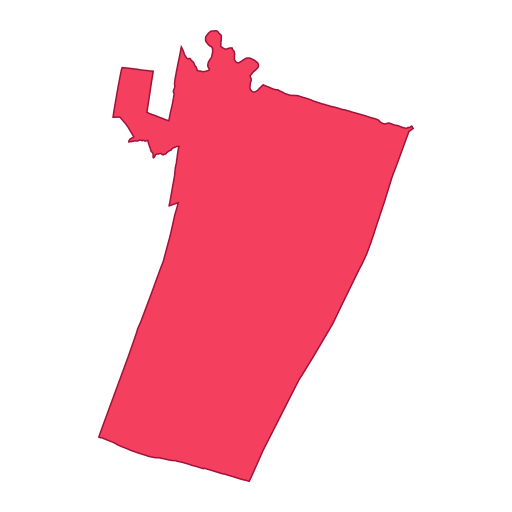 Largu, Buzau, Romania (orthographic projection)
{"feature_id": "2599482B79173737631548", "entity_name": "Largu", "entity_type": "district", "adm_level": 2, "iso_a3": "ROU", "parent_name": "Romania", "parent_adm1": "Buzau", "projection": "orthographic", "projection_center": [27.131, 44.958], "detail": "fine", "context": "isolated", "style": "filled", "palette": "rose", "viewbox_px": 512, "rotation_deg": 0, "n_neighbors": 0, "source": "geoboundaries", "source_scale": "gbopen_adm2", "svg_char_len": 5890}
<svg xmlns="http://www.w3.org/2000/svg" viewBox="0 0 512 512"><path d="M203.5,468.7L203.9,468.3L204.2,468.2L222.9,473.9L224.2,474.0L243.1,479.8L244.5,479.9L249.2,481.3L251.9,475.6L262.9,450.8L298.2,381.3L299.9,378.3L302.4,374.5L313.5,356.4L332.6,324.0L344.3,299.8L359.8,268.1L362.1,263.9L364.4,258.9L366.8,253.7L367.3,252.3L368.7,248.6L369.3,246.7L371.1,242.1L372.2,238.5L373.9,233.7L375.0,230.2L375.3,229.2L375.7,227.9L376.2,226.6L376.9,224.1L379.0,218.2L380.1,214.5L381.1,211.8L382.7,206.8L383.7,204.1L386.9,193.8L392.3,176.4L398.1,161.1L408.9,131.6L413.2,128.4L412.7,127.7L412.3,126.8L412.0,126.4L411.7,126.1L411.4,126.1L411.1,126.2L410.5,127.0L410.1,127.2L409.8,127.4L408.0,127.5L407.1,128.1L406.6,128.2L405.6,128.2L403.5,127.7L401.4,127.0L398.1,125.7L397.4,125.5L395.7,125.3L394.5,125.0L393.3,124.6L389.6,123.2L389.1,123.1L388.7,123.0L387.6,123.2L386.5,123.5L385.7,123.9L385.1,123.9L383.8,123.8L382.9,123.5L381.4,122.8L380.6,122.2L379.3,120.9L378.6,120.4L378.1,119.9L376.5,119.2L374.2,118.5L370.7,117.6L363.8,115.3L362.9,115.1L357.1,113.4L352.5,112.2L351.4,111.9L350.0,111.3L349.1,111.1L347.4,110.6L345.3,110.0L342.5,109.5L341.0,109.1L338.1,108.1L335.1,107.3L329.9,106.1L329.2,105.8L327.9,105.4L326.5,105.1L324.5,104.4L322.1,103.9L319.7,103.0L317.6,102.4L315.1,101.5L313.3,101.0L312.5,100.6L310.4,99.6L308.5,99.1L307.3,98.6L302.5,97.2L298.8,96.0L297.8,95.7L296.1,95.5L290.2,95.3L285.0,93.6L282.6,92.2L279.7,90.9L278.7,90.2L278.1,89.9L276.4,89.8L273.7,89.2L272.2,88.6L269.6,87.5L268.3,86.9L266.8,86.4L263.9,85.2L263.2,84.8L260.4,87.4L259.3,88.5L258.0,90.0L257.1,90.7L255.4,91.7L254.5,92.0L253.8,92.1L253.2,92.0L252.6,91.8L252.2,91.5L251.3,90.4L250.8,90.0L250.6,89.9L250.4,89.4L250.0,88.5L249.9,87.7L250.0,86.3L250.1,85.3L250.3,84.4L250.4,83.7L250.3,83.2L250.5,82.5L251.1,81.1L251.2,80.5L251.1,78.4L250.1,76.5L250.0,75.9L250.2,75.4L251.0,74.9L252.6,72.7L252.9,72.3L256.1,69.5L257.0,68.6L257.8,67.6L258.2,66.9L258.5,66.1L258.5,65.2L258.2,64.0L257.7,62.9L257.4,62.5L256.4,61.9L255.5,61.1L254.8,60.5L253.2,59.6L252.4,59.3L251.4,58.7L250.6,58.4L249.1,58.0L246.6,58.1L245.5,58.6L244.6,59.1L239.3,62.6L238.8,62.8L237.8,62.8L237.1,62.6L236.3,62.2L235.7,61.6L234.7,60.1L234.5,59.6L234.4,59.1L234.5,57.4L234.4,55.6L234.7,54.6L234.4,52.5L233.8,50.8L232.9,50.0L232.5,49.5L232.3,49.0L232.2,48.1L232.0,47.9L229.9,48.0L228.0,48.4L227.0,48.9L226.2,49.1L225.3,49.1L224.8,49.0L223.5,48.2L222.5,47.7L220.8,46.3L220.7,46.0L220.8,44.5L221.0,43.7L220.8,42.3L220.9,41.7L221.2,40.7L221.2,40.1L221.3,39.0L221.3,37.9L221.4,36.9L221.3,36.0L221.0,35.0L220.6,34.7L220.0,34.2L218.8,33.1L218.3,32.2L217.5,31.3L216.2,30.7L210.9,31.2L210.2,31.7L208.0,33.6L207.3,34.8L206.8,35.3L206.0,36.4L205.7,37.1L205.5,40.0L205.9,41.5L207.2,43.2L208.5,44.8L209.6,45.7L211.5,46.8L212.0,47.6L212.4,48.3L212.6,49.6L212.7,50.7L212.6,52.1L212.3,53.9L211.9,55.0L211.9,55.9L211.6,57.0L211.1,57.9L209.6,60.0L209.1,61.0L208.6,61.6L208.3,62.5L208.0,63.9L207.8,64.8L207.8,65.6L208.0,66.8L209.3,69.1L209.4,69.6L209.2,69.9L208.9,70.1L208.3,70.5L207.4,70.8L204.7,71.5L203.5,71.6L202.2,71.6L201.4,71.4L200.8,71.1L198.7,71.0L198.1,70.8L197.6,70.5L197.2,69.9L196.8,69.0L196.5,68.1L196.1,67.1L194.8,65.5L193.7,62.7L193.1,61.9L191.2,60.3L190.8,59.9L190.7,59.3L190.4,59.2L190.4,58.8L190.1,58.5L189.8,58.4L188.3,58.7L187.5,58.6L187.0,58.4L186.6,58.1L185.9,56.9L184.9,55.3L184.4,54.3L183.6,51.8L182.9,50.1L181.9,47.9L181.3,46.9L179.3,57.6L177.5,65.8L177.5,66.4L176.6,70.5L175.0,79.5L174.5,84.1L174.8,85.8L174.8,86.8L174.6,87.7L173.5,90.4L173.3,91.3L173.5,92.3L173.8,93.1L174.2,93.6L172.7,102.6L171.3,108.9L170.5,112.1L168.8,120.7L165.8,119.8L162.2,118.3L159.9,117.5L155.4,115.7L149.3,113.5L148.0,112.8L146.9,112.4L148.0,105.3L151.5,82.0L153.0,72.9L153.2,71.2L152.5,71.0L149.6,71.0L148.4,70.7L140.2,69.9L136.5,69.1L135.5,69.1L129.5,68.3L122.1,67.6L121.8,68.4L121.4,69.8L119.7,78.3L117.4,90.7L114.0,110.5L113.0,117.2L113.5,117.3L119.2,117.0L119.9,117.2L120.5,117.8L123.9,121.8L125.5,123.6L128.0,127.1L133.7,136.6L133.6,137.0L129.9,139.2L128.9,140.9L128.8,141.9L131.9,141.5L134.0,141.1L134.8,140.8L135.4,140.8L136.0,141.0L137.0,141.0L137.9,140.8L138.8,140.4L139.9,140.1L141.0,140.1L141.5,140.3L142.2,140.7L142.4,140.8L143.3,140.3L143.6,140.2L143.9,140.4L144.6,140.9L144.9,141.1L145.5,141.1L147.4,140.4L147.7,140.4L147.9,140.5L148.0,140.9L148.0,141.6L148.3,142.7L149.3,145.8L149.8,147.0L150.3,148.5L150.7,150.2L151.1,151.1L151.5,151.7L152.4,152.6L152.8,153.1L153.0,153.6L153.1,154.8L153.1,157.3L153.4,157.8L153.6,157.8L153.9,157.6L154.6,156.7L155.6,154.7L156.1,154.3L156.8,154.0L157.4,153.9L158.2,154.1L158.9,153.9L159.7,153.6L161.1,153.5L161.4,153.6L162.2,154.6L162.6,154.8L163.2,154.9L163.5,154.7L164.1,154.2L164.5,154.1L165.3,154.1L165.8,153.9L166.7,152.7L167.7,151.9L169.1,151.0L169.9,150.5L170.8,150.3L171.3,149.8L172.1,148.7L172.6,148.2L173.4,147.8L174.4,147.5L177.1,146.4L177.7,146.4L179.1,146.4L178.3,148.8L177.6,153.5L177.2,156.4L177.2,157.1L176.7,160.0L176.3,163.7L175.9,164.8L175.3,168.0L174.6,175.4L170.6,198.0L169.5,204.1L169.2,204.7L169.1,205.4L169.2,205.9L178.2,202.7L178.0,203.4L177.4,206.0L176.8,208.1L176.3,209.9L175.4,212.7L174.7,215.4L170.9,232.5L169.9,236.6L164.4,257.0L163.8,259.5L162.7,263.0L161.4,266.1L157.3,277.2L151.5,293.2L140.9,321.4L137.4,329.4L137.0,331.3L133.6,341.3L128.3,356.4L101.8,428.6L98.8,437.1L100.2,437.7L101.4,437.7L102.1,437.9L103.0,438.2L104.0,438.8L105.3,439.1L106.8,439.9L109.4,440.8L110.5,441.4L111.2,441.6L112.2,441.9L113.3,442.4L114.2,442.9L115.4,443.4L116.7,444.4L118.7,445.3L121.5,446.6L124.4,447.6L125.6,448.2L127.8,449.0L130.5,450.3L135.1,451.8L135.8,452.2L140.8,453.8L146.0,455.4L148.1,456.2L149.2,456.5L155.4,457.7L156.4,457.8L158.0,457.7L158.8,457.7L161.4,458.3L164.9,459.0L168.7,459.9L171.5,460.4L173.1,460.6L175.2,460.6L176.2,460.9L177.5,461.3L180.8,462.0L183.6,462.7L186.2,463.5L188.1,464.0L192.4,465.5L194.0,465.9L195.8,466.3L203.5,468.7Z" fill="#f43f5e" stroke="#9f1239" stroke-width="1.5"/></svg>